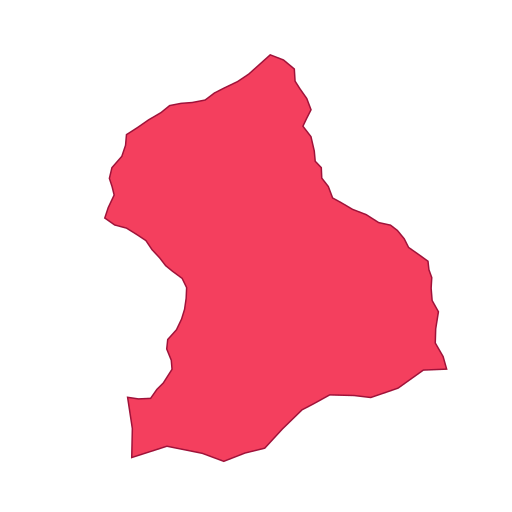 outline of Zabelê, Paraíba, Brazil, rotated 257°
{"feature_id": "56859067B18292318839761", "entity_name": "Zabelê", "entity_type": "district", "adm_level": 2, "iso_a3": "BRA", "parent_name": "Brazil", "parent_adm1": "Paraíba", "projection": "robinson", "projection_center": [-37.088, -8.075], "detail": "fine", "context": "isolated", "style": "filled", "palette": "rose", "viewbox_px": 512, "rotation_deg": 257, "n_neighbors": 0, "source": "geoboundaries", "source_scale": "gbopen_adm2", "svg_char_len": 1294}
<svg xmlns="http://www.w3.org/2000/svg" viewBox="0 0 512 512"><g transform="rotate(257 256 256)"><path d="M87.6,89.6L90.7,126.4L75.8,159.3L63.2,178.4L66.5,201.0L66.8,221.3L81.6,242.9L95.8,266.3L98.9,278.3L104.1,296.6L98.0,320.2L92.3,336.0L95.3,364.7L107.2,393.4L102.9,416.3L115.9,415.7L130.9,411.1L144.6,414.7L160.6,421.2L173.0,417.6L185.2,419.4L195.4,422.4L203.7,421.4L212.2,422.4L221.0,414.7L230.0,406.6L239.4,404.3L249.1,399.5L255.8,394.0L261.0,383.0L271.4,372.8L279.7,360.6L288.7,351.1L295.3,343.7L307.4,342.1L317.1,337.6L327.4,339.5L335.0,335.0L345.2,336.4L359.9,336.4L371.9,330.9L378.8,336.4L386.1,342.5L398.0,340.9L409.1,336.4L417.6,333.4L429.6,335.4L440.8,326.9L448.8,315.1L442.4,303.5L434.9,289.9L430.1,277.3L427.0,263.4L424.2,252.2L419.4,241.5L419.9,228.4L421.6,217.3L422.0,205.7L417.1,195.7L412.8,181.9L407.9,169.7L403.4,157.1L393.2,153.8L383.3,147.7L374.5,135.5L364.6,130.6L355.8,131.4L347.3,131.5L336.4,122.9L327.0,117.2L318.0,125.3L312.3,136.1L302.9,145.5L295.8,152.2L285.6,156.1L275.9,161.7L266.9,165.8L259.8,171.3L250.8,179.0L240.8,181.3L230.4,178.4L220.1,174.4L211.3,169.3L202.0,161.9L194.5,151.2L185.5,148.1L173.5,150.0L164.5,148.7L153.1,137.1L148.3,129.4L141.0,121.3L143.2,109.3L147.2,99.1L115.7,96.7L87.6,89.6Z" fill="#f43f5e" stroke="#9f1239" stroke-width="1.5"/></g></svg>